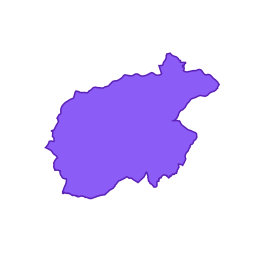 Lazareni, Bihor, Romania (Albers equal-area conic projection), rotated 36°
{"feature_id": "2599482B97627536391850", "entity_name": "Lazareni", "entity_type": "district", "adm_level": 2, "iso_a3": "ROU", "parent_name": "Romania", "parent_adm1": "Bihor", "projection": "albers", "projection_center": [22.063, 46.86], "detail": "fine", "context": "isolated", "style": "filled", "palette": "violet", "viewbox_px": 256, "rotation_deg": 36, "n_neighbors": 0, "source": "geoboundaries", "source_scale": "gbopen_adm2", "svg_char_len": 5839}
<svg xmlns="http://www.w3.org/2000/svg" viewBox="0 0 256 256"><g transform="rotate(36 128 128)"><path d="M114.5,218.7L114.4,218.2L114.1,217.9L114.1,217.7L116.2,217.2L116.9,216.9L117.4,216.2L118.1,215.7L118.3,216.0L119.3,215.5L121.6,215.2L122.0,215.3L122.2,215.0L122.6,214.9L122.9,215.1L123.2,214.7L124.4,214.1L124.9,213.6L125.2,213.7L125.8,213.5L126.2,213.2L126.5,213.3L126.5,213.2L126.4,212.9L127.2,212.8L127.7,213.1L128.3,212.9L130.0,210.7L130.5,210.2L132.6,209.3L134.3,209.2L135.0,208.6L135.7,208.3L138.4,207.6L140.1,206.3L141.4,204.1L142.7,202.5L142.7,201.9L143.1,201.6L144.7,199.6L144.7,199.2L145.6,198.6L146.0,197.9L147.8,196.3L148.6,195.4L148.6,195.1L148.5,194.8L148.8,194.3L148.7,194.0L149.3,191.6L149.7,188.9L150.3,188.0L151.5,185.1L151.4,184.6L151.4,183.6L151.6,182.7L151.3,182.4L151.1,181.3L151.4,180.8L151.4,179.2L151.4,177.8L151.5,177.4L151.6,176.3L151.8,175.8L152.0,175.7L152.4,175.2L154.4,171.4L155.1,169.8L155.8,167.9L158.3,168.0L158.7,167.8L159.8,166.6L163.5,166.6L168.2,166.2L169.7,158.1L169.6,157.6L168.8,153.1L169.1,153.0L170.0,153.3L170.6,153.9L171.7,154.5L172.7,155.5L172.9,155.8L173.0,156.2L175.2,158.1L175.7,158.8L176.2,159.0L176.7,158.9L177.5,159.2L178.3,159.8L179.3,159.8L179.7,159.5L180.4,159.6L181.7,159.9L182.2,159.9L183.3,160.3L183.3,160.5L183.9,160.4L184.2,160.0L185.2,159.4L185.4,158.4L185.4,158.0L185.0,157.1L184.7,156.7L184.3,156.4L183.0,154.2L183.0,153.9L183.7,153.4L184.2,153.1L183.9,152.2L182.9,151.4L182.8,151.0L182.8,150.8L183.2,150.8L183.0,150.2L183.2,149.7L183.3,149.8L183.3,149.2L183.6,149.2L183.8,148.7L184.0,148.7L183.9,148.2L183.7,147.7L183.9,145.9L184.3,145.4L184.3,145.1L185.4,144.5L185.6,144.3L186.3,144.2L186.7,143.9L187.6,144.1L188.0,143.8L188.2,144.1L188.9,144.2L189.0,144.1L190.0,144.4L190.3,144.4L190.3,143.9L190.5,143.6L190.5,143.0L190.4,142.5L190.2,142.2L190.4,142.1L190.6,142.4L190.8,142.3L191.0,141.9L190.9,141.1L191.1,141.1L191.2,139.0L192.1,138.8L192.4,138.6L192.6,138.0L192.8,138.0L192.8,137.8L192.8,137.5L192.6,137.5L193.0,136.5L193.3,136.3L193.5,136.3L193.8,136.1L192.6,132.7L192.4,131.1L192.2,130.6L192.2,130.3L192.4,130.1L192.1,129.5L190.4,128.2L190.0,127.5L190.8,127.0L191.3,127.0L191.5,126.8L192.1,126.6L192.3,126.4L193.1,126.1L194.2,126.1L194.0,125.1L193.8,123.0L193.4,121.2L193.0,119.4L192.6,118.8L191.6,118.2L190.7,117.2L190.1,115.7L189.8,114.2L190.1,111.0L189.5,109.1L189.4,107.4L189.3,106.5L188.7,105.8L188.6,105.3L188.6,104.7L188.8,104.3L189.2,103.7L189.4,103.2L189.5,101.9L189.4,101.6L189.1,101.0L188.9,100.0L188.9,99.3L189.5,97.6L189.4,97.1L189.2,96.6L189.3,95.6L189.0,94.8L188.1,94.0L187.2,92.7L186.1,92.2L185.0,92.2L183.3,92.7L180.5,93.2L177.7,94.1L175.8,94.1L173.3,94.0L171.2,94.0L169.3,93.8L167.5,93.0L166.5,92.4L165.5,92.0L164.7,92.7L164.1,92.8L162.3,93.6L161.3,94.8L160.5,95.3L160.7,94.9L161.3,94.1L161.5,93.5L161.5,91.5L161.7,90.9L161.7,90.4L161.3,89.3L161.3,88.3L160.8,87.5L160.2,84.6L160.6,82.4L161.3,81.5L161.6,80.6L162.0,78.0L162.0,77.3L161.8,75.8L161.6,73.7L161.8,71.9L162.0,70.8L161.9,68.4L162.0,67.8L162.2,67.2L163.2,65.6L164.8,63.4L166.1,60.8L167.4,59.1L168.3,58.7L169.5,58.2L170.6,57.5L171.4,57.3L171.8,56.9L173.0,55.0L173.1,54.6L173.2,53.0L173.9,50.7L175.0,49.0L176.1,47.5L176.4,46.7L176.7,45.9L176.8,43.6L177.0,43.4L176.8,43.3L176.2,40.6L176.3,39.5L176.3,39.3L175.3,39.0L173.6,38.2L170.4,37.7L167.2,37.6L165.6,37.1L163.4,36.8L162.0,37.2L161.0,37.9L160.4,38.7L159.4,39.4L158.7,39.6L157.3,39.5L154.1,38.3L152.9,38.2L152.2,38.3L151.0,38.9L150.5,39.5L149.2,41.7L147.1,43.2L142.8,48.0L141.5,48.7L140.7,48.9L139.0,49.0L138.8,47.4L138.6,47.0L138.3,46.6L137.3,45.8L136.8,46.3L136.6,46.2L136.3,46.4L135.9,46.1L135.4,45.2L136.6,44.4L136.2,43.6L136.1,42.5L136.5,41.8L136.0,41.2L131.8,44.0L130.7,42.5L129.7,43.1L128.3,42.5L126.7,42.1L125.3,42.1L122.1,43.1L120.5,43.2L119.1,43.1L118.6,42.7L118.1,42.7L117.2,43.9L116.4,44.7L115.9,45.4L116.1,45.7L116.2,46.6L116.4,46.8L116.4,47.1L117.0,47.6L117.3,48.3L117.5,48.5L118.2,50.9L118.1,52.4L118.1,53.3L118.3,53.8L118.2,54.2L118.9,56.0L119.0,56.5L118.9,57.1L118.7,57.6L118.4,57.9L118.1,57.8L117.8,58.0L117.7,58.3L117.2,58.8L116.4,59.3L123.3,64.4L122.5,66.5L122.1,66.9L120.2,68.4L118.8,68.9L116.6,68.7L114.7,69.2L114.4,69.5L113.3,71.6L112.3,73.7L111.6,74.8L110.4,76.3L108.9,77.7L107.6,78.4L105.0,78.5L104.4,78.6L102.8,79.4L102.0,80.4L101.1,82.6L100.7,83.4L99.1,84.5L94.7,86.6L94.2,86.9L94.0,87.2L93.7,87.9L93.6,89.1L93.7,89.9L93.6,90.6L92.9,92.9L92.5,93.7L92.2,94.5L91.2,96.3L89.6,97.7L88.5,98.9L88.1,100.2L88.0,101.6L87.6,103.3L87.7,104.1L87.3,105.8L86.5,106.8L85.9,107.4L85.2,108.3L84.5,110.1L82.6,111.6L81.9,111.8L80.3,112.7L79.6,113.4L77.8,114.0L76.3,115.6L76.1,116.2L76.0,116.8L75.6,119.1L75.4,119.7L75.1,120.1L75.1,120.5L75.1,120.9L74.9,121.1L74.6,121.3L74.7,121.9L74.6,123.2L74.4,123.4L72.2,124.7L71.4,125.2L70.8,125.8L68.2,127.5L66.7,127.5L65.9,128.0L64.2,128.6L64.2,129.9L64.3,130.4L65.8,134.2L66.2,135.3L66.2,135.6L66.0,136.4L65.6,137.1L64.5,138.8L63.3,141.8L62.4,143.9L62.1,145.3L61.9,146.8L61.8,148.7L61.9,149.7L62.4,151.7L63.4,153.5L64.1,154.2L64.8,155.2L65.1,155.7L64.9,157.0L64.4,157.5L64.8,161.6L64.9,161.9L65.7,161.9L66.8,162.9L67.5,163.1L67.8,163.5L68.3,165.6L68.3,167.2L69.0,171.6L69.3,173.0L67.4,175.7L69.0,174.9L70.2,176.5L71.9,179.3L73.6,179.4L75.7,181.7L75.8,182.4L75.4,182.9L73.9,183.4L72.1,185.1L72.8,186.9L73.0,189.2L72.8,192.4L74.3,192.0L77.4,191.6L79.2,191.5L79.8,191.6L82.9,192.7L86.6,192.7L88.5,193.5L88.0,194.7L88.0,197.5L88.3,198.5L88.5,200.1L89.5,200.9L90.4,202.5L91.5,203.8L92.9,204.2L93.2,204.2L93.5,204.5L93.3,204.9L93.5,205.1L93.8,205.1L94.2,204.6L95.6,203.6L98.4,202.5L98.8,202.7L98.7,203.2L98.8,203.7L100.8,205.4L101.8,205.9L102.6,206.0L103.8,206.7L104.5,206.8L106.2,206.5L107.9,205.4L109.0,206.6L110.2,208.7L110.8,210.7L111.0,212.0L111.8,215.3L112.3,216.2L112.3,217.3L112.6,218.0L113.4,219.1L113.8,219.2L114.5,218.7Z" fill="#8b5cf6" stroke="#5b21b6" stroke-width="1.5"/></g></svg>